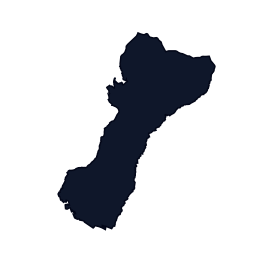 outline of Baia De Fier, Gorj, Romania, rotated 33°
{"feature_id": "2599482B13335657184953", "entity_name": "Baia De Fier", "entity_type": "district", "adm_level": 2, "iso_a3": "ROU", "parent_name": "Romania", "parent_adm1": "Gorj", "projection": "robinson", "projection_center": [23.743, 45.243], "detail": "fine", "context": "isolated", "style": "filled", "palette": "ink", "viewbox_px": 256, "rotation_deg": 33, "n_neighbors": 0, "source": "geoboundaries", "source_scale": "gbopen_adm2", "svg_char_len": 5877}
<svg xmlns="http://www.w3.org/2000/svg" viewBox="0 0 256 256"><g transform="rotate(33 128 128)"><path d="M153.2,230.8L153.5,229.7L153.5,227.9L153.9,227.7L157.3,226.5L160.6,225.8L164.3,225.5L163.4,223.4L160.0,224.4L159.5,223.7L163.5,222.4L169.1,221.3L169.1,218.4L169.6,217.8L170.2,217.6L169.5,215.5L168.9,214.8L168.4,212.8L168.4,211.4L167.9,210.5L167.8,209.4L167.3,208.5L167.5,207.6L167.3,205.8L168.2,205.3L168.4,204.8L168.3,204.2L168.0,203.8L167.8,202.6L168.1,200.8L167.6,200.0L166.3,199.4L165.9,198.2L165.4,197.5L166.3,195.6L166.4,194.6L166.0,193.7L166.4,192.8L165.5,191.8L164.9,191.6L164.8,191.1L164.8,190.7L165.7,189.3L166.3,187.8L166.1,187.2L165.5,186.9L165.2,186.3L165.5,184.9L165.3,184.2L165.5,182.3L166.1,179.6L166.6,178.7L166.2,177.9L165.4,177.6L165.3,177.4L166.3,176.6L166.4,176.1L166.1,175.6L166.2,174.7L165.5,174.2L163.5,169.8L161.8,169.2L160.6,167.3L160.3,166.8L160.7,166.2L160.5,165.3L160.0,164.5L159.9,163.8L158.8,162.2L158.4,160.9L157.6,159.8L156.7,159.2L156.8,158.4L156.5,158.0L155.3,157.5L155.2,157.2L155.9,156.3L156.0,155.4L155.6,155.0L154.8,155.1L154.5,154.8L154.4,153.9L154.0,153.1L154.1,152.8L155.2,152.2L153.0,149.3L152.9,149.0L153.1,148.3L153.8,147.5L153.3,146.1L153.9,144.3L153.0,143.7L152.9,142.7L153.2,142.4L154.4,141.8L153.4,140.5L153.4,140.0L153.9,139.6L153.9,138.7L153.2,136.8L153.4,136.2L153.3,135.5L153.4,134.9L152.7,134.2L152.5,133.6L152.0,133.3L152.6,132.4L150.9,130.6L150.6,129.9L150.5,128.5L150.0,127.8L149.7,126.0L150.5,125.0L150.3,124.4L150.8,123.7L148.8,122.1L148.3,121.1L149.1,120.4L150.0,119.0L150.5,116.9L151.3,116.1L151.9,115.7L152.7,114.6L151.6,114.1L151.5,112.6L152.1,111.9L152.4,111.1L153.4,110.4L153.3,109.4L153.8,108.1L153.4,106.3L153.7,105.4L153.7,103.1L154.7,101.9L154.6,100.3L153.6,99.6L153.6,98.1L153.2,97.5L152.1,96.9L152.0,96.5L152.5,96.0L154.1,96.1L154.3,95.3L154.6,95.0L156.3,94.9L156.6,93.4L157.1,93.0L157.2,92.5L158.0,91.2L158.5,89.9L158.6,88.3L158.5,86.5L158.8,85.8L158.7,85.3L158.9,84.0L160.6,82.6L160.7,81.7L160.4,81.0L162.0,79.5L162.1,78.3L162.4,77.9L163.5,77.2L164.0,76.5L165.6,75.4L166.7,74.4L166.8,73.6L169.5,68.7L169.3,67.7L170.0,66.4L169.9,65.3L170.2,64.7L170.3,63.7L171.2,63.0L171.1,60.8L172.2,59.3L173.2,58.6L172.8,58.0L173.9,56.2L174.0,54.9L174.0,53.5L173.4,51.7L173.7,51.1L173.3,50.5L173.3,49.6L172.7,49.2L172.9,48.4L172.2,47.7L171.9,46.8L172.0,45.9L171.7,45.7L171.7,45.2L171.0,44.7L171.5,43.3L171.5,42.5L170.4,41.0L169.7,39.5L169.2,38.9L169.1,38.2L168.6,37.8L168.9,36.3L168.7,35.6L169.0,34.7L168.9,33.2L168.1,31.6L167.9,30.4L167.3,28.9L166.4,28.3L160.8,26.5L157.0,23.6L154.4,25.6L151.8,27.2L151.1,27.8L150.3,29.4L149.6,30.1L148.5,30.7L146.6,32.1L144.7,34.0L140.3,34.2L138.7,35.2L133.3,36.0L131.5,36.8L129.4,37.2L127.1,37.1L125.8,37.5L120.1,41.2L118.0,43.5L111.2,39.8L108.9,37.9L106.0,37.6L104.2,36.7L103.3,36.6L102.6,36.8L100.5,38.6L96.9,39.9L95.6,39.6L93.2,38.5L92.3,38.7L91.8,39.2L91.2,40.5L90.1,41.4L87.3,42.3L84.6,42.8L84.8,43.5L85.1,46.3L82.1,58.6L82.4,59.2L82.0,60.0L82.3,60.9L83.3,62.3L84.1,65.8L84.1,67.1L83.7,69.0L83.1,70.5L83.1,71.9L86.4,78.4L87.3,79.5L87.6,80.7L88.0,80.5L88.9,81.7L89.4,82.1L89.6,81.9L90.9,83.2L91.9,83.3L92.8,84.5L93.2,85.6L93.7,85.3L94.9,87.1L95.6,87.4L96.5,88.0L96.9,89.2L97.5,89.8L98.0,89.9L99.0,89.5L99.9,89.7L100.3,89.2L100.2,88.4L100.5,88.8L102.1,89.3L101.2,91.9L101.1,93.4L100.3,94.5L99.7,94.6L99.1,93.5L98.0,93.3L98.0,93.8L97.3,94.2L97.3,94.7L96.8,94.6L96.6,95.5L95.8,95.8L95.5,96.3L94.5,96.0L94.2,96.1L94.3,96.5L93.0,96.3L93.0,95.8L91.8,95.6L91.8,95.9L92.6,96.3L92.3,96.5L91.8,96.3L90.5,94.8L90.3,93.4L90.0,93.2L89.8,93.3L89.7,93.8L90.3,95.8L91.0,97.3L91.8,98.0L92.7,99.3L93.2,99.4L94.0,100.5L94.6,102.0L94.3,102.1L91.6,101.7L91.5,102.1L90.4,102.5L89.4,102.3L88.1,105.5L89.2,106.2L90.8,106.6L91.8,107.2L92.2,107.6L92.4,108.4L93.8,109.2L93.4,110.4L93.1,110.4L95.2,112.2L96.2,113.8L96.3,114.7L96.1,114.9L97.4,115.7L98.2,116.2L101.7,116.7L102.1,117.7L102.8,117.3L106.7,116.7L109.1,117.0L111.3,118.6L111.9,120.2L111.7,122.7L112.3,127.6L112.2,129.9L110.9,131.1L110.0,133.2L109.9,133.9L110.4,134.6L110.4,135.1L110.0,135.8L110.1,136.7L109.6,137.5L109.8,138.5L108.7,140.7L108.6,141.4L109.3,142.0L110.3,144.2L111.3,145.6L112.1,147.6L112.0,148.2L111.6,149.3L110.8,149.8L110.6,150.2L110.7,151.0L111.6,152.2L111.8,153.0L113.0,153.9L112.7,154.8L113.4,156.5L113.4,157.1L113.7,157.6L113.8,158.7L115.1,160.4L115.5,161.4L115.7,162.5L115.6,163.7L116.1,164.7L116.5,166.5L117.2,167.8L117.1,168.6L117.7,169.7L117.4,171.3L117.1,171.6L117.4,172.6L117.1,173.3L117.0,174.5L116.3,176.3L116.0,179.1L115.1,180.7L114.8,181.9L114.9,182.8L114.7,183.6L114.1,184.1L113.9,184.6L112.7,185.0L111.8,185.9L110.8,186.1L110.3,186.8L108.1,188.3L106.6,190.4L106.2,191.8L105.2,193.0L105.0,193.5L104.2,193.8L103.6,194.5L102.0,195.4L101.4,196.5L101.6,197.6L101.2,198.6L102.9,199.6L102.9,200.5L102.6,201.0L102.9,201.9L102.6,202.4L102.7,203.9L103.2,204.8L103.2,205.4L104.2,206.5L104.3,207.7L104.8,208.3L104.3,209.2L104.8,210.0L104.6,210.6L104.6,211.9L105.0,213.1L105.3,213.5L106.0,213.7L106.1,214.2L106.0,214.5L105.3,214.6L105.0,214.9L105.5,215.6L105.1,216.0L105.3,216.5L105.3,217.9L106.0,218.6L105.1,219.6L105.5,220.0L105.2,220.9L105.6,221.7L107.4,223.0L108.0,222.8L108.5,223.0L110.8,225.1L111.9,224.4L112.2,224.4L112.5,224.9L112.7,224.7L113.0,225.1L114.3,225.4L114.3,225.0L116.5,223.7L116.4,223.2L115.4,222.6L115.4,222.3L117.8,221.6L120.7,224.4L119.4,224.9L118.9,224.8L118.6,225.1L119.0,225.4L118.5,225.4L118.2,225.7L117.8,226.1L117.3,226.3L117.2,226.7L119.6,229.7L120.2,229.3L121.0,229.3L122.0,227.7L122.0,227.2L123.0,226.4L125.0,228.0L125.7,227.3L126.2,227.7L125.3,228.2L126.3,229.0L127.4,227.9L128.3,228.3L128.8,228.0L128.1,227.3L128.4,227.2L129.1,227.8L129.5,227.4L130.7,228.4L128.8,230.0L132.2,232.4L133.0,232.3L132.1,231.6L132.4,231.3L133.4,232.3L135.1,232.1L136.7,230.8L137.5,231.5L140.8,230.2L142.6,230.1L142.8,230.6L143.5,230.6L153.2,230.8Z" fill="#0f172a" stroke="#020617" stroke-width="1.5"/></g></svg>